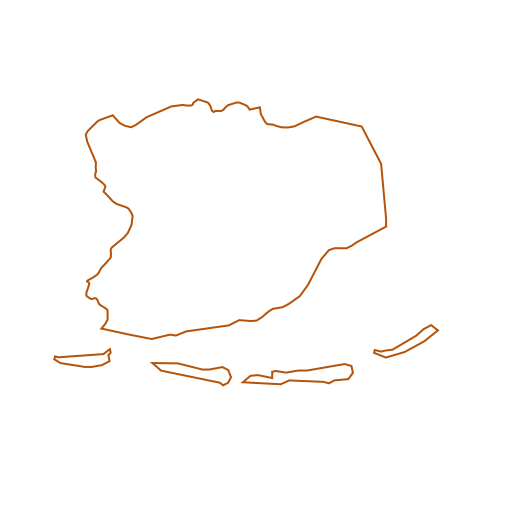 outline of Friesland, rotated 194°
{"feature_id": "NLD-895", "entity_name": "Friesland", "entity_type": "Province", "adm_level": 1, "iso_a3": "NLD", "parent_name": "Netherlands", "parent_adm1": "", "projection": "mercator", "projection_center": [5.86, 53.152], "detail": "fine", "context": "isolated", "style": "outline", "palette": "amber", "viewbox_px": 512, "rotation_deg": 194, "n_neighbors": 0, "source": "natural_earth", "source_scale": "10m", "svg_char_len": 2647}
<svg xmlns="http://www.w3.org/2000/svg" viewBox="0 0 512 512"><g transform="rotate(194 256 256)"><path d="M136.8,316.1L161.7,293.6L165.4,289.3L170.0,285.4L181.6,282.6L186.7,279.3L191.8,269.0L198.6,240.5L203.7,227.8L212.5,217.5L217.9,212.7L227.1,208.7L231.4,203.9L235.3,198.2L239.8,193.5L244.9,191.7L256.8,189.7L265.6,182.1L305.6,165.9L314.6,159.4L320.4,158.9L337.2,150.2L361.3,149.0L388.5,148.2L385.8,153.6L384.6,158.6L387.0,167.7L390.6,169.3L395.3,170.7L396.2,171.2L397.2,172.1L398.6,174.2L399.7,175.4L400.5,175.9L401.2,176.1L402.0,176.1L402.9,175.7L404.3,174.8L405.0,174.5L405.8,174.4L410.4,176.0L411.3,177.3L411.7,179.7L411.2,184.9L411.0,189.0L411.5,189.5L412.1,189.9L413.8,190.5L413.8,191.0L413.1,191.8L408.9,195.7L405.5,199.6L404.6,201.5L403.3,206.9L399.6,213.3L396.5,219.5L397.0,221.5L397.2,223.3L397.7,224.3L398.2,225.6L398.4,226.8L398.5,227.9L397.8,229.6L388.6,242.0L386.0,247.2L384.3,256.1L385.4,265.1L387.7,268.1L391.1,271.1L393.2,271.8L403.9,272.8L408.2,274.4L417.2,280.3L419.4,281.5L418.9,287.2L419.7,288.0L423.6,290.3L430.7,293.3L431.3,294.6L431.9,296.9L431.6,299.2L433.0,303.3L433.9,308.0L447.5,326.2L450.5,332.6L450.1,334.4L449.4,336.7L442.5,348.1L441.0,349.8L429.0,357.9L420.6,352.1L415.0,350.7L408.4,350.7L405.7,352.8L403.9,354.6L395.6,364.3L374.4,380.6L363.8,384.8L359.0,385.3L355.0,386.5L354.4,387.0L354.1,387.5L353.9,389.3L353.6,389.9L350.1,394.0L340.2,393.3L339.0,392.7L336.7,390.7L333.8,386.3L332.4,385.7L331.8,385.5L331.2,386.3L330.2,387.0L325.2,388.2L323.9,389.0L323.0,390.0L322.4,391.3L321.5,393.0L320.4,394.6L319.2,395.9L311.8,400.3L309.9,400.7L308.5,400.8L301.4,399.6L300.5,399.1L297.5,396.5L288.2,401.2L285.7,394.9L279.5,388.2L277.0,386.7L271.9,387.5L271.3,387.7L267.8,387.1L262.1,387.1L256.1,388.4L250.0,391.1L241.9,397.8L231.4,405.8L184.8,407.2L184.4,406.8L156.9,375.7L138.7,323.4L138.3,321.8L137.4,317.8L136.9,316.5L136.8,316.1ZM197.8,140.0L201.1,137.5L238.2,130.3L232.4,138.4L225.3,140.9L210.7,141.5L211.2,142.9L211.8,146.0L212.3,147.5L209.0,149.2L198.6,150.1L187.5,155.0L178.6,157.3L143.9,172.6L136.8,172.4L133.7,166.1L136.6,158.9L150.0,154.2L154.4,150.1L160.1,150.2L193.7,143.3L197.8,140.0ZM260.4,124.3L320.4,121.8L330.6,127.1L305.9,132.9L280.1,132.9L273.7,134.6L261.7,140.1L255.3,138.6L250.9,132.3L252.4,126.2L256.6,122.6L260.4,124.3ZM394.9,107.0L419.7,104.8L426.7,107.0L426.7,109.9L423.3,109.9L380.3,123.9L375.3,130.3L373.8,127.6L373.8,126.3L375.3,124.3L372.7,118.5L379.0,112.9L388.3,108.7L394.9,107.0ZM61.5,227.8L72.1,214.0L88.4,198.9L105.4,188.9L118.0,190.6L118.0,193.5L111.4,193.5L108.2,195.3L100.9,198.1L81.2,217.5L75.7,225.6L69.3,231.3L61.5,227.8Z" fill="none" stroke="#b45309" stroke-width="2"/></g></svg>